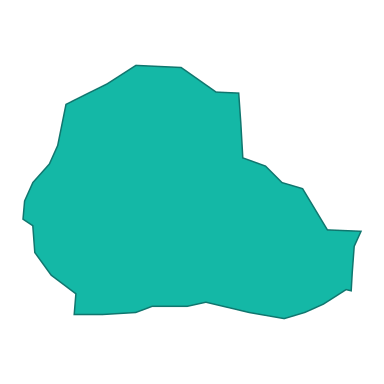 outline of Svedala, Skåne, Sweden
{"feature_id": "70781695B13433668994781", "entity_name": "Svedala", "entity_type": "district", "adm_level": 2, "iso_a3": "SWE", "parent_name": "Sweden", "parent_adm1": "Skåne", "projection": "albers", "projection_center": [13.297, 55.571], "detail": "fine", "context": "isolated", "style": "filled", "palette": "teal", "viewbox_px": 384, "rotation_deg": 0, "n_neighbors": 0, "source": "geoboundaries", "source_scale": "gbopen_adm2", "svg_char_len": 592}
<svg xmlns="http://www.w3.org/2000/svg" viewBox="0 0 384 384"><path d="M74.2,314.5L102.7,314.5L135.7,312.5L152.2,306.3L187.3,306.3L205.9,302.2L249.2,312.5L284.2,318.6L304.9,312.4L323.4,304.1L346.1,289.6L351.2,290.8L352.2,273.1L354.2,246.3L361.0,231.3L327.4,229.9L315.0,209.3L302.6,188.7L282.0,182.6L265.5,166.1L242.8,157.9L240.8,123.0L238.7,93.1L216.1,92.1L181.1,67.5L135.9,65.4L107.1,83.9L86.5,94.1L74.3,100.2L66.0,104.4L57.7,145.5L49.4,164.0L32.9,182.5L24.6,201.0L23.0,219.2L32.8,225.7L34.8,252.5L51.2,275.2L75.9,293.8L74.2,314.5Z" fill="#14b8a6" stroke="#0f766e" stroke-width="1.5"/></svg>